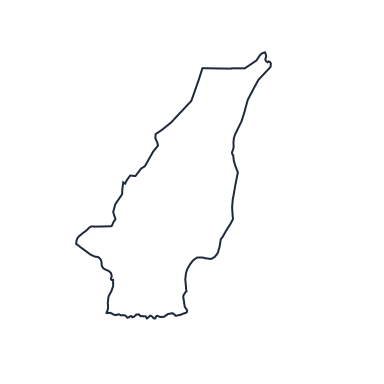 the district of As Salafiyyah, Raymah, Yemen, rotated 56°
{"feature_id": "15242507B36893334490361", "entity_name": "As Salafiyyah", "entity_type": "district", "adm_level": 2, "iso_a3": "YEM", "parent_name": "Yemen", "parent_adm1": "Raymah", "projection": "mercator", "projection_center": [43.857, 14.695], "detail": "fine", "context": "isolated", "style": "outline", "palette": "slate", "viewbox_px": 384, "rotation_deg": 56, "n_neighbors": 0, "source": "geoboundaries", "source_scale": "gbopen_adm2", "svg_char_len": 4772}
<svg xmlns="http://www.w3.org/2000/svg" viewBox="0 0 384 384"><g transform="rotate(56 192 192)"><path d="M129.6,54.8L128.1,54.6L126.6,55.4L126.8,56.6L126.3,56.6L125.5,57.4L124.0,57.4L123.0,56.9L122.3,56.4L121.8,55.5L121.2,54.9L120.2,54.2L118.7,53.8L117.4,53.5L116.9,53.5L116.6,54.9L116.2,56.8L116.4,58.3L117.0,60.3L117.8,62.1L119.0,65.1L119.0,79.1L118.9,79.2L115.3,84.6L112.2,89.1L112.0,89.4L111.7,89.8L111.7,90.4L107.1,97.1L95.2,114.1L103.0,124.0L113.6,138.2L115.8,141.3L116.1,141.6L117.8,149.2L118.1,150.3L119.3,155.5L119.4,156.2L121.4,164.9L122.0,167.3L122.7,170.5L122.9,173.0L123.1,174.9L123.3,177.9L123.4,178.4L123.4,179.1L123.5,180.0L123.5,180.5L123.7,182.6L123.7,185.6L123.7,189.8L126.7,192.2L131.8,193.2L134.5,194.2L136.8,201.7L144.3,216.7L144.1,221.2L144.6,222.5L147.0,229.5L147.1,230.0L143.8,234.0L144.7,236.7L145.8,239.5L147.7,242.8L147.3,243.0L145.6,243.6L147.8,245.6L150.6,248.1L154.7,251.1L155.4,252.7L156.9,256.5L159.3,262.5L159.9,263.2L161.9,265.5L162.4,266.1L164.6,268.6L171.6,270.6L172.0,271.0L172.7,273.3L175.1,277.2L175.2,277.4L175.0,278.5L166.4,291.9L165.7,292.6L164.1,295.1L164.1,297.1L164.9,301.5L165.0,305.5L165.1,306.2L165.6,311.1L166.6,313.4L167.9,315.1L170.4,317.1L171.8,316.5L172.8,316.2L173.2,316.0L177.8,314.5L177.9,314.4L180.2,313.6L181.2,313.2L183.0,312.6L185.8,311.6L187.2,311.1L187.7,310.8L191.2,308.7L193.3,306.3L194.7,305.8L195.7,305.5L197.3,305.5L199.7,306.3L201.4,307.4L203.3,308.2L205.8,308.2L207.7,307.2L208.3,306.9L208.8,306.6L210.9,305.2L211.4,305.1L213.6,304.5L216.0,305.2L217.2,305.9L218.0,306.9L218.2,307.5L219.1,308.0L220.0,307.8L220.6,306.6L221.2,306.8L222.0,307.4L225.8,309.9L225.9,310.0L226.8,311.2L227.2,311.7L227.6,312.3L228.7,313.6L231.0,317.9L231.9,319.5L232.5,320.1L234.2,321.6L235.0,322.2L236.5,323.6L239.4,325.3L241.6,326.7L241.7,326.8L244.5,330.5L245.0,330.2L245.0,329.7L245.0,329.2L245.5,328.8L245.9,328.4L246.2,328.0L246.5,327.4L246.7,327.0L247.4,326.9L247.8,326.5L248.4,326.2L249.3,325.7L250.1,325.2L250.6,325.0L250.9,324.6L251.3,323.8L251.7,323.5L252.0,322.6L252.0,321.9L252.3,321.4L253.1,320.6L254.2,320.0L254.6,319.8L254.9,319.3L255.2,318.7L255.6,318.0L256.0,317.5L256.6,316.9L257.1,316.4L257.9,316.2L258.6,316.0L259.4,316.1L260.2,315.8L260.3,315.3L260.6,314.3L260.5,313.7L260.5,313.0L260.5,312.4L260.8,311.9L261.4,311.5L261.7,311.5L262.4,311.6L262.6,311.0L262.9,310.2L262.9,309.2L262.7,308.6L262.7,308.1L262.7,307.6L262.5,307.3L262.5,306.7L262.7,306.3L263.2,305.8L263.2,305.2L263.4,304.8L263.9,304.5L264.4,304.4L264.6,304.3L265.3,304.3L266.0,304.2L266.4,303.9L266.6,303.1L266.8,302.7L267.4,302.4L267.9,302.0L268.1,301.4L268.5,300.7L269.0,300.2L269.4,299.9L269.5,299.9L270.3,299.9L270.9,300.0L271.4,300.3L271.5,300.3L271.6,300.1L271.6,299.6L271.6,298.6L271.3,296.8L271.1,296.4L271.2,295.9L271.5,295.4L272.0,295.1L273.2,294.7L274.3,294.6L275.3,294.2L275.9,293.9L276.2,293.4L276.0,292.6L275.5,292.1L275.1,291.7L275.1,291.0L275.1,290.5L275.4,289.9L276.1,289.4L277.2,288.7L277.4,288.6L277.8,288.1L278.2,287.8L278.6,287.4L278.7,287.1L278.7,286.6L278.9,286.4L279.4,285.8L279.7,285.2L279.8,284.6L279.8,283.7L279.7,282.4L279.7,282.2L279.9,281.6L279.8,281.1L279.6,280.5L279.8,279.9L280.0,279.5L280.3,279.0L280.7,277.7L281.1,277.0L281.3,276.4L281.5,276.0L281.7,275.8L282.5,275.7L282.9,275.7L283.5,275.1L283.9,274.9L284.0,274.9L284.5,274.9L285.1,275.0L285.7,274.4L286.0,273.6L286.5,272.3L287.0,271.3L287.2,270.4L287.3,270.4L287.6,269.6L287.7,268.3L287.9,267.5L288.0,267.0L288.3,266.4L288.5,265.2L288.8,264.5L288.8,263.9L288.7,263.7L288.6,263.3L288.2,262.8L288.0,262.6L287.7,262.4L287.0,262.3L285.8,262.1L284.9,262.1L284.4,262.2L283.7,262.2L283.2,262.2L282.6,262.0L282.1,261.7L281.0,261.2L279.8,260.7L278.6,259.9L276.8,259.3L275.1,258.4L273.4,257.5L272.8,256.6L271.4,253.5L271.3,252.7L271.3,252.3L271.2,252.3L270.9,252.1L270.1,251.7L268.8,250.9L268.7,250.9L267.9,250.4L265.3,249.0L263.9,248.2L262.5,247.4L260.9,246.6L257.7,243.9L255.8,242.2L253.7,239.7L252.7,237.9L252.1,236.7L250.8,233.8L249.7,230.7L249.3,229.0L249.2,227.5L249.2,225.8L249.1,224.8L250.6,222.2L252.4,219.7L254.7,217.7L256.1,215.9L257.6,214.5L258.4,212.6L258.5,209.5L257.7,206.8L256.8,204.4L254.4,201.7L253.6,200.7L252.4,199.3L247.3,194.6L246.2,191.4L244.1,187.2L243.6,186.2L242.8,184.6L239.9,177.9L237.4,173.2L235.4,172.1L231.5,169.9L227.0,167.2L226.8,167.0L226.3,166.7L221.8,163.0L221.6,162.9L221.3,162.7L221.2,162.6L218.8,160.2L215.9,157.4L210.7,152.4L206.1,147.8L201.5,143.1L194.3,141.4L193.8,141.3L193.7,141.2L188.9,139.6L188.6,139.4L184.5,137.3L182.9,137.4L181.4,136.6L179.8,134.2L178.5,132.8L176.9,131.6L174.5,130.2L170.9,127.3L168.5,124.3L161.2,111.6L156.9,106.1L156.2,105.3L154.6,103.3L153.7,102.3L151.8,100.1L148.1,95.8L146.5,93.8L140.6,82.8L136.1,74.1L132.3,57.2L132.2,56.9L129.6,54.8Z" fill="none" stroke="#1e293b" stroke-width="2"/></g></svg>